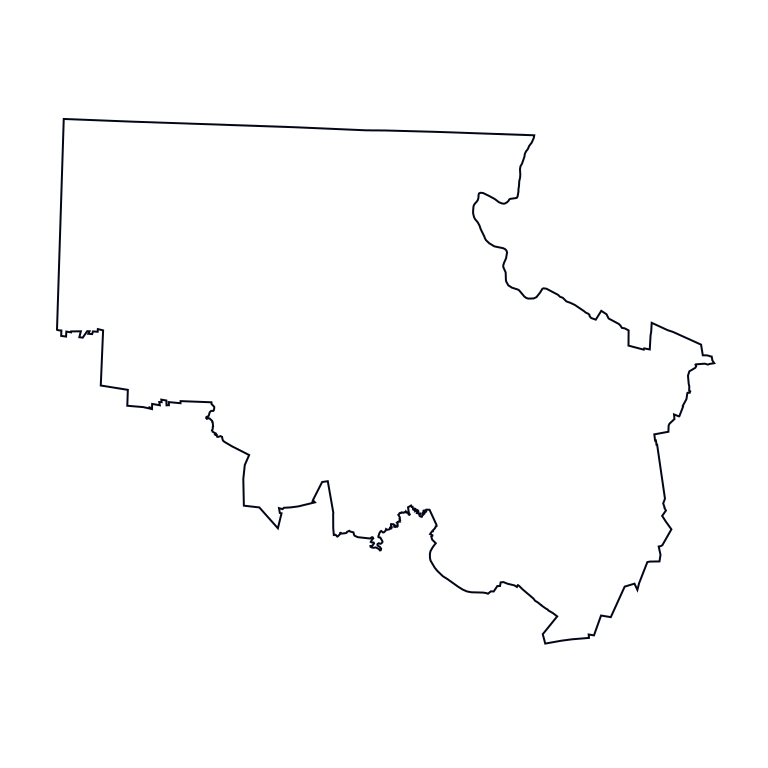 Tenosique, Tabasco, Mexico, rotated 182°
{"feature_id": "50627088B14158734316570", "entity_name": "Tenosique", "entity_type": "district", "adm_level": 2, "iso_a3": "MEX", "parent_name": "Mexico", "parent_adm1": "Tabasco", "projection": "natural_earth1", "projection_center": [-91.353, 17.458], "detail": "fine", "context": "isolated", "style": "outline", "palette": "ink", "viewbox_px": 768, "rotation_deg": 182, "n_neighbors": 0, "source": "geoboundaries", "source_scale": "gbopen_adm2", "svg_char_len": 6124}
<svg xmlns="http://www.w3.org/2000/svg" viewBox="0 0 768 768"><g transform="rotate(182 384 384)"><path d="M242.5,637.8L341.2,637.8L392.3,637.4L410.3,636.9L483.0,637.5L644.8,637.4L713.3,637.7L712.7,426.8L710.9,426.3L708.3,426.2L708.3,420.8L703.4,420.3L703.3,425.3L698.6,424.7L698.6,425.6L688.8,426.1L690.1,420.1L686.7,419.8L682.5,426.4L680.1,426.4L681.3,423.9L677.4,423.7L676.7,426.4L672.0,426.2L671.9,428.9L666.6,427.8L667.0,372.6L639.8,369.2L639.8,353.3L623.7,352.5L617.8,351.4L617.6,352.5L617.1,352.3L617.2,351.3L615.0,350.8L615.0,356.0L607.3,354.9L608.0,358.1L605.6,358.1L606.0,360.6L600.9,359.9L600.6,355.1L598.2,355.3L598.4,358.4L586.7,357.7L586.7,359.8L555.8,359.7L555.6,357.9L552.9,355.3L552.8,354.0L553.1,352.0L553.6,351.2L555.7,351.1L556.9,350.1L557.3,349.3L558.0,346.3L558.8,345.5L560.2,344.9L560.5,344.4L560.5,343.7L559.8,343.0L558.0,343.7L557.1,343.4L554.5,341.2L554.4,340.1L553.9,339.9L553.3,335.6L553.6,335.4L553.6,333.3L554.3,331.5L553.9,331.3L553.5,330.2L550.6,328.8L550.9,328.2L550.2,328.3L549.8,327.9L550.2,327.1L549.3,327.0L549.2,326.1L548.8,325.4L547.9,325.4L545.5,326.2L544.0,325.5L543.6,323.6L543.0,321.9L541.6,320.7L533.5,316.3L516.3,308.3L520.3,298.2L521.3,284.2L519.8,257.5L504.3,256.3L485.0,236.1L481.9,251.2L483.6,251.5L484.6,256.3L481.0,255.4L479.8,256.8L473.1,257.4L465.3,258.7L448.9,263.3L450.5,264.9L451.2,264.6L451.0,265.4L442.4,283.9L436.8,284.9L430.1,253.3L430.3,252.8L429.7,238.2L428.9,231.4L427.8,231.7L427.6,231.4L426.7,231.3L425.6,230.0L425.1,229.9L422.7,232.4L422.6,233.6L422.0,233.8L421.0,233.0L417.3,233.6L416.2,234.0L415.9,234.8L413.6,236.1L412.5,235.3L409.4,234.7L408.7,232.3L408.0,231.3L404.8,230.0L392.5,229.1L390.9,230.4L390.0,230.4L389.3,229.5L391.0,227.2L391.7,225.7L390.5,225.2L388.8,225.2L388.4,224.4L388.9,223.5L390.0,222.1L390.9,221.7L391.9,221.6L391.8,220.9L391.1,220.4L388.9,219.9L386.5,220.4L383.6,219.0L382.2,217.5L381.4,217.8L381.1,219.3L382.5,221.1L384.5,222.2L385.0,223.0L384.9,223.8L383.7,224.7L382.4,224.2L381.7,224.2L380.2,225.5L380.0,226.6L382.3,230.4L383.7,230.5L384.3,230.9L384.3,231.7L383.3,234.9L382.3,236.6L381.6,237.0L379.8,235.6L379.0,235.7L377.3,237.4L376.9,239.1L375.7,238.4L373.4,239.0L373.0,239.4L373.0,240.7L372.4,241.3L372.1,240.1L371.6,240.0L371.2,241.1L372.2,243.5L372.1,244.2L369.8,244.2L368.8,243.7L368.9,242.3L368.7,241.6L368.0,241.6L367.6,242.3L367.1,241.7L366.6,242.0L365.9,241.8L365.3,242.6L365.4,243.1L365.9,243.2L365.4,244.5L365.7,245.3L366.3,245.8L365.4,246.7L363.5,247.0L363.9,247.5L363.8,247.9L363.1,248.4L363.4,249.5L363.8,249.8L363.5,250.3L363.6,251.4L365.1,253.8L364.2,254.7L363.9,255.5L363.1,255.6L362.4,256.1L361.9,255.9L361.6,256.3L359.9,256.0L359.0,256.7L358.4,256.8L358.0,256.6L357.9,256.8L357.3,256.3L357.0,256.5L357.1,257.0L354.7,255.1L354.8,254.4L354.2,254.1L353.7,254.5L354.7,256.3L355.7,261.6L352.7,263.5L352.0,262.1L351.1,262.2L350.5,259.6L349.8,259.2L349.8,259.5L349.2,259.8L348.8,260.5L348.2,260.2L347.8,258.9L348.2,257.9L347.3,258.1L346.4,259.2L345.4,258.6L345.2,257.6L346.4,256.7L346.6,256.1L345.1,255.9L344.2,255.0L343.9,255.1L343.8,255.8L343.5,255.9L343.2,255.3L344.0,254.1L343.9,253.5L342.8,252.8L342.1,253.0L341.9,252.7L342.0,251.8L341.2,253.6L340.3,254.7L341.1,255.4L341.1,256.3L340.7,256.6L339.3,255.7L339.0,256.0L339.1,256.8L339.9,257.0L340.3,257.4L340.1,258.8L339.5,258.9L338.9,257.9L337.9,257.6L337.4,258.0L337.9,259.5L337.5,259.9L334.1,259.9L326.7,245.2L326.5,243.8L327.4,243.4L327.6,242.5L328.5,241.0L329.8,239.7L330.0,238.5L330.8,238.5L332.7,235.6L330.3,234.5L330.3,234.0L331.4,233.1L330.4,230.1L326.7,226.7L329.6,222.6L331.7,218.6L332.2,216.0L332.0,211.8L331.3,209.1L326.9,202.2L324.0,198.9L318.4,193.9L313.9,191.3L303.0,184.1L298.2,181.3L293.9,179.6L289.4,178.9L277.4,179.0L274.0,178.5L272.8,178.0L270.0,180.5L267.1,180.5L263.7,186.0L261.0,186.2L260.5,189.8L257.7,190.2L253.6,188.7L246.7,187.3L244.1,185.8L243.1,188.3L243.0,187.4L242.0,187.0L238.3,183.6L227.2,174.8L225.5,172.7L222.4,170.9L219.4,168.6L219.1,168.6L218.8,168.1L214.2,165.1L212.5,164.3L212.0,163.5L207.3,161.0L202.8,157.8L216.6,139.5L213.8,130.2L198.0,133.6L187.3,135.4L170.3,137.4L170.7,140.8L165.4,140.1L159.0,160.2L149.2,158.9L136.4,189.9L126.7,193.2L123.6,187.1L122.1,193.8L114.6,215.2L112.2,215.8L102.5,216.3L101.7,222.9L103.8,231.2L101.8,231.6L100.2,232.6L91.7,248.8L97.5,256.3L101.4,261.9L97.8,267.4L99.4,269.9L99.2,270.2L100.8,274.4L99.2,279.2L108.9,332.8L109.5,332.7L110.3,337.1L111.1,336.9L112.1,343.1L98.1,346.2L98.1,352.2L97.9,352.8L97.3,354.3L92.5,359.1L93.1,363.7L88.0,361.9L87.7,362.1L84.3,371.9L84.7,372.4L81.2,379.5L80.5,385.6L80.1,385.9L78.2,385.9L77.7,387.4L78.8,388.0L78.8,392.2L79.5,394.9L80.5,402.9L79.3,407.3L73.4,411.1L72.6,412.7L73.4,414.2L73.1,414.5L64.2,415.5L60.9,414.7L59.3,415.4L54.7,416.3L56.6,418.9L57.5,422.9L58.4,422.9L60.6,423.6L62.6,423.9L66.4,423.8L68.5,434.4L96.9,446.1L102.4,447.7L118.6,454.5L118.8,445.4L119.3,441.8L119.6,427.8L125.2,428.7L125.6,427.4L141.0,430.9L141.4,446.1L145.3,448.0L148.2,448.4L149.9,450.8L151.4,452.2L161.8,457.3L164.1,461.5L169.4,464.7L174.6,455.7L179.3,457.2L180.9,459.0L181.1,460.3L182.1,461.2L185.0,462.5L186.5,463.7L196.1,469.7L200.5,471.6L204.6,472.9L208.3,476.4L211.1,477.3L213.2,479.2L225.0,484.9L227.8,485.2L229.0,484.7L231.4,480.5L234.7,476.1L237.5,474.7L242.9,474.4L244.7,474.9L246.7,476.2L252.3,482.4L253.6,483.1L259.4,484.7L263.2,486.9L265.5,490.8L265.8,492.3L266.3,499.7L268.9,505.1L268.9,507.0L268.3,509.2L266.4,513.9L265.6,519.8L266.4,521.8L267.7,523.0L269.7,523.9L278.5,525.4L283.7,528.3L287.0,531.2L288.2,533.1L288.9,534.9L292.8,542.2L294.1,545.7L296.0,548.9L298.7,551.9L299.7,553.6L300.8,557.2L301.0,559.2L300.8,564.0L300.6,565.3L299.6,567.3L297.6,569.6L296.6,571.3L296.1,573.5L296.1,576.1L295.8,577.5L295.4,578.0L293.9,578.5L291.6,578.3L285.5,575.6L279.7,572.7L275.5,569.7L272.5,568.6L270.7,568.4L269.7,568.5L267.5,569.8L266.0,571.3L265.2,572.9L264.4,573.4L258.3,574.5L257.6,574.9L257.0,576.3L256.3,581.3L256.5,582.3L256.0,587.1L255.9,591.5L255.2,594.9L255.1,598.2L255.6,603.2L255.2,606.4L253.8,608.9L251.6,616.0L251.3,618.8L250.2,621.4L248.5,623.7L247.2,627.0L244.8,630.4L242.9,635.1L242.5,637.8Z" fill="none" stroke="#020617" stroke-width="2"/></g></svg>